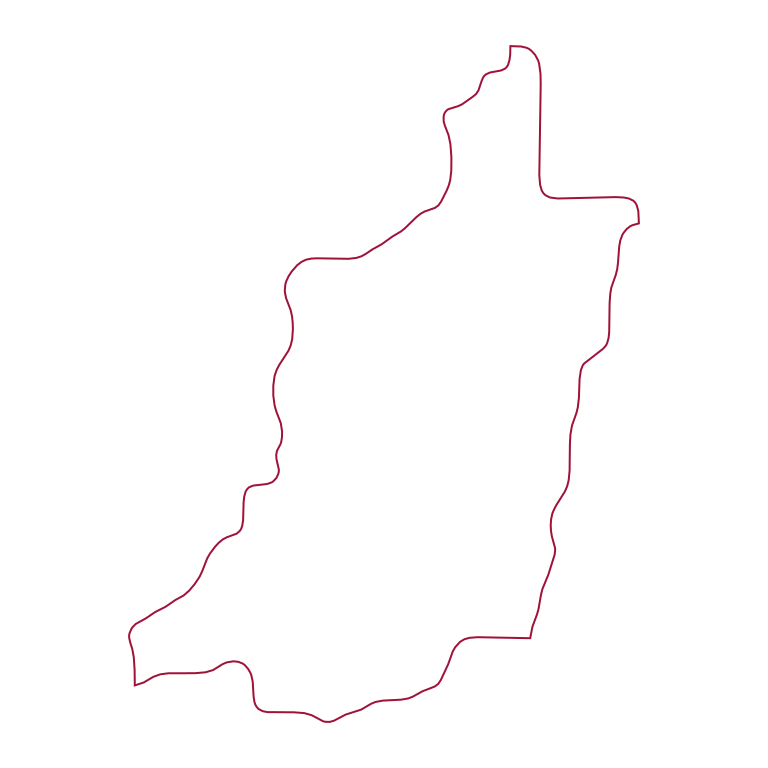 outline of Consuelo, San Pedro de Macorís, Dominican Republic
{"feature_id": "3306468B14471946980605", "entity_name": "Consuelo", "entity_type": "district", "adm_level": 2, "iso_a3": "DOM", "parent_name": "Dominican Republic", "parent_adm1": "San Pedro de Macorís", "projection": "equal_earth", "projection_center": [-69.258, 18.6], "detail": "fine", "context": "isolated", "style": "outline", "palette": "rose", "viewbox_px": 768, "rotation_deg": 0, "n_neighbors": 0, "source": "geoboundaries", "source_scale": "gbopen_adm2", "svg_char_len": 3078}
<svg xmlns="http://www.w3.org/2000/svg" viewBox="0 0 768 768"><path d="M510.4,46.1L510.2,54.6L509.5,59.9L508.1,64.8L506.8,66.9L505.1,68.6L501.0,70.5L490.0,72.5L486.1,74.3L484.4,75.7L483.1,77.5L481.4,81.6L478.5,90.3L476.1,94.0L472.7,96.8L461.9,104.4L458.0,106.2L448.3,109.2L446.7,110.4L445.2,112.1L444.1,114.2L443.6,116.6L443.7,121.6L445.0,126.0L448.5,135.0L450.4,144.0L451.4,157.2L451.3,170.5L450.2,180.2L448.6,185.9L446.6,190.7L441.1,201.6L438.4,205.4L434.9,207.9L424.6,211.5L420.5,213.8L416.5,217.0L404.9,228.3L400.9,231.5L392.6,236.4L381.3,244.5L372.9,249.1L365.4,254.1L361.4,256.3L356.4,257.9L348.6,258.8L316.5,258.3L311.2,258.6L306.0,259.7L301.3,262.0L297.1,265.3L291.7,271.5L288.6,276.2L286.2,281.4L285.4,284.2L284.8,290.0L285.0,292.9L286.1,298.2L290.6,310.0L292.0,316.1L292.7,322.6L292.9,329.2L292.2,339.1L290.7,345.4L288.4,350.8L279.2,365.0L276.6,370.0L274.6,375.9L273.3,385.6L273.3,395.6L274.6,405.4L276.2,411.1L280.8,423.2L282.1,431.6L282.0,437.0L281.2,442.0L280.5,444.1L277.0,450.8L276.2,454.9L276.5,459.3L278.8,469.3L278.8,471.6L278.3,473.9L276.4,478.0L273.4,481.2L271.7,482.4L267.1,484.0L253.1,485.6L248.9,487.4L247.1,489.2L245.7,491.4L244.2,496.6L243.6,502.4L243.1,520.4L242.2,525.9L241.3,528.5L240.0,530.7L236.8,533.6L227.0,537.2L222.8,539.4L218.8,542.7L215.1,546.7L210.0,553.5L207.2,558.4L202.1,571.5L199.5,576.9L194.6,584.2L189.1,590.7L183.6,595.5L175.2,600.1L165.7,606.7L155.1,612.1L145.6,618.5L135.8,623.9L132.7,627.0L131.4,628.9L129.6,633.1L129.1,635.5L129.2,637.9L130.2,642.4L132.3,649.1L133.8,657.4L134.6,669.6L134.8,685.4L143.7,682.5L153.4,676.8L160.4,674.3L168.2,673.3L195.0,673.2L205.5,672.3L213.0,670.1L222.5,664.2L226.7,662.4L233.5,661.3L238.2,661.8L242.6,663.5L244.6,664.9L247.9,668.6L250.5,673.0L251.4,675.5L252.7,681.5L253.6,696.6L254.5,702.2L255.4,704.8L256.8,707.1L258.5,709.0L262.8,711.2L267.5,712.1L293.8,712.3L304.3,713.1L311.7,715.2L323.2,721.3L325.4,721.8L329.8,721.9L334.0,720.7L345.6,714.6L361.2,709.6L370.9,703.9L375.3,702.0L382.8,700.6L400.9,699.7L408.4,698.4L412.9,696.6L422.6,691.2L434.8,686.5L438.3,683.8L440.9,679.9L448.2,664.2L452.7,651.6L455.2,647.2L460.1,641.8L464.5,639.2L469.6,637.8L477.7,637.2L530.2,638.2L532.4,626.8L537.0,614.4L538.5,609.1L541.0,594.7L542.4,589.1L548.4,574.5L554.6,554.8L555.2,550.2L555.0,547.8L551.9,536.5L551.0,531.0L550.7,525.2L551.1,519.4L552.3,513.7L553.4,510.9L555.9,505.8L564.9,491.5L567.2,486.2L568.7,480.1L569.6,470.6L569.9,444.4L570.4,434.8L572.0,425.5L576.4,413.1L577.8,407.5L578.9,398.0L579.6,378.8L580.9,370.1L582.9,365.1L584.4,363.3L602.9,348.9L605.9,345.6L607.1,343.3L608.6,337.9L609.2,332.0L609.6,303.0L610.3,293.4L611.4,287.3L615.8,274.8L617.2,269.2L618.0,262.8L619.2,246.6L620.3,240.4L622.3,235.0L623.6,232.8L626.7,229.0L630.3,226.2L632.4,225.2L638.9,223.4L638.3,211.1L636.8,205.4L635.4,202.9L633.5,200.8L628.9,198.5L623.8,197.5L615.6,197.1L557.8,198.5L550.0,197.5L545.4,195.2L543.4,193.2L541.8,190.7L540.1,184.8L539.3,175.1L540.7,84.4L540.5,73.8L539.1,63.6L538.1,60.4L535.1,54.8L531.1,50.5L528.8,48.8L526.3,47.7L521.1,46.5L510.4,46.1Z" fill="none" stroke="#9f1239" stroke-width="2"/></svg>